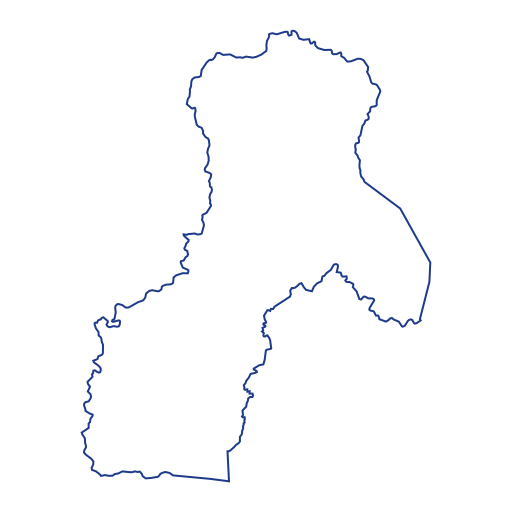 El Porvenir, Francisco Morazán, Honduras (Mercator projection)
{"feature_id": "27666195B45920652298174", "entity_name": "El Porvenir", "entity_type": "district", "adm_level": 2, "iso_a3": "HND", "parent_name": "Honduras", "parent_adm1": "Francisco Morazán", "projection": "mercator", "projection_center": [-87.232, 14.709], "detail": "fine", "context": "isolated", "style": "outline", "palette": "blue", "viewbox_px": 512, "rotation_deg": 0, "n_neighbors": 0, "source": "geoboundaries", "source_scale": "gbopen_adm2", "svg_char_len": 5981}
<svg xmlns="http://www.w3.org/2000/svg" viewBox="0 0 512 512"><path d="M85.4,410.8L89.4,413.4L92.6,414.6L92.8,415.0L92.3,416.4L90.5,418.6L90.0,422.1L88.6,423.5L88.7,427.9L81.7,432.6L82.3,434.3L84.9,438.4L85.1,442.9L85.9,445.4L85.9,447.5L84.2,450.6L84.0,452.5L86.0,454.8L91.3,458.8L93.4,461.4L93.2,464.6L91.6,467.9L92.0,469.9L95.9,471.3L100.1,474.6L101.0,475.9L105.1,475.1L108.8,475.8L112.6,475.7L114.7,474.1L118.4,473.4L122.4,471.4L130.1,472.2L132.2,472.2L134.8,471.4L137.8,472.0L139.8,471.6L141.9,474.0L142.6,476.1L145.7,478.4L151.5,477.9L157.9,476.8L159.2,475.6L160.4,473.8L163.0,472.6L165.5,472.0L169.6,473.0L173.1,475.4L210.5,478.9L229.0,481.3L227.5,451.3L228.9,451.2L230.4,450.4L234.2,447.0L235.7,445.2L238.9,442.9L239.9,441.5L239.9,436.9L241.8,434.3L242.1,431.2L243.2,428.1L243.0,425.9L243.6,425.1L243.7,423.2L244.6,422.6L244.3,420.2L244.9,419.1L244.6,417.2L242.9,417.4L242.0,416.6L243.0,414.9L242.5,410.5L246.2,406.7L246.8,402.9L247.7,401.4L248.2,398.5L250.1,397.0L252.4,397.0L253.1,395.3L252.5,393.6L249.5,393.6L249.6,391.2L247.4,391.7L247.3,389.3L245.2,389.8L244.4,389.5L244.2,388.9L244.5,387.7L243.8,385.3L245.3,383.4L246.3,380.8L248.8,377.6L250.6,373.9L255.1,372.9L256.9,372.0L256.5,371.0L253.8,369.5L253.7,368.6L259.3,365.2L263.4,364.4L264.7,359.7L265.9,350.4L266.9,349.7L270.6,348.9L271.2,348.4L270.2,340.6L269.4,338.3L267.4,335.4L266.5,335.5L265.1,336.5L263.7,336.3L263.4,335.3L263.8,333.0L262.0,331.5L263.2,330.5L262.5,327.9L265.0,326.8L265.5,326.1L265.0,325.4L263.6,324.8L263.4,323.6L264.0,323.2L265.7,323.0L266.2,322.2L264.7,319.3L264.0,315.7L267.3,310.3L268.0,310.1L270.2,310.9L270.9,308.9L273.2,309.0L274.5,306.7L290.0,296.6L290.8,294.4L290.2,290.6L291.9,288.0L293.2,288.2L294.7,287.8L297.2,286.1L299.4,283.9L301.5,283.2L304.1,287.6L306.1,289.9L311.9,291.3L313.9,286.7L317.0,283.4L321.5,281.2L322.4,276.5L324.4,275.8L326.3,273.3L330.8,269.9L333.7,264.8L335.0,264.2L336.6,264.2L337.7,264.9L338.0,266.6L336.7,272.1L340.6,272.6L341.1,273.3L341.4,275.3L342.5,276.6L346.5,276.4L346.8,278.7L345.3,280.4L346.0,281.6L347.3,282.1L349.5,282.0L353.1,283.9L353.4,285.0L352.8,287.1L356.6,291.4L359.4,299.1L361.1,299.5L363.3,297.0L364.4,296.5L365.8,296.9L368.3,298.4L372.4,298.4L373.8,299.2L374.2,300.4L369.6,308.0L369.3,309.6L370.3,310.5L373.8,311.4L376.0,315.6L377.8,315.5L378.6,316.2L379.4,319.2L386.0,321.6L388.8,319.9L389.8,318.6L391.9,318.0L393.7,319.5L398.9,321.7L401.8,326.2L402.7,326.7L404.8,325.8L407.9,320.9L409.3,319.8L410.9,319.4L412.3,320.0L414.0,323.1L414.7,323.6L416.6,323.2L420.7,320.4L419.9,319.2L429.4,281.9L430.3,262.5L400.2,208.5L364.5,181.9L363.6,179.5L361.1,176.4L360.3,172.7L360.4,170.2L359.7,168.5L359.4,165.7L359.9,160.3L358.2,157.6L357.6,155.7L355.3,152.7L355.8,149.2L355.2,147.4L355.3,144.7L356.2,143.2L358.3,142.9L358.9,142.3L359.1,140.9L358.5,137.6L360.4,135.4L362.4,126.0L364.5,123.2L365.4,120.5L367.7,119.7L368.7,118.7L368.6,116.4L367.5,114.1L370.1,111.3L370.3,108.6L370.7,107.6L371.5,106.9L375.4,106.2L376.7,105.1L376.7,100.2L380.3,91.5L379.8,89.6L376.9,85.0L375.7,84.3L372.4,83.6L371.2,82.2L369.5,76.5L367.0,71.7L367.8,70.5L368.1,67.0L363.4,60.1L360.7,58.9L357.9,58.7L351.2,61.2L348.7,61.6L347.0,61.4L344.1,57.8L341.3,56.2L341.2,53.3L340.7,52.5L340.0,52.5L336.8,54.1L333.2,54.2L332.2,53.4L331.7,50.8L330.8,49.8L324.5,50.0L318.1,48.2L315.6,45.8L315.1,44.4L315.2,42.7L314.6,41.8L313.9,41.7L312.0,43.3L311.0,43.6L310.2,42.7L309.2,39.2L303.4,39.8L299.1,38.5L296.8,32.9L294.6,31.1L292.9,30.7L291.9,31.0L291.5,31.7L291.5,34.8L289.1,35.6L288.4,35.0L287.6,32.0L286.7,31.7L284.7,31.9L276.7,34.3L272.4,33.2L269.6,33.9L269.0,34.4L269.1,36.1L268.7,37.7L267.0,40.9L266.4,44.7L266.6,48.8L266.3,50.9L261.5,54.5L256.2,56.9L252.8,57.6L246.1,56.6L242.5,57.8L240.2,57.3L236.2,57.5L230.1,54.4L223.1,54.9L219.6,53.0L217.1,53.1L216.2,53.9L214.8,57.1L213.1,59.2L211.4,60.0L210.4,59.8L209.0,60.3L206.6,62.6L201.6,70.0L200.8,76.0L198.9,77.0L194.6,77.5L192.4,79.1L191.4,81.3L191.0,86.5L189.8,89.5L190.0,91.6L189.5,96.5L187.8,99.1L186.8,104.1L191.6,108.3L192.5,108.5L194.5,107.8L195.2,108.2L195.6,111.0L194.8,114.1L194.8,116.6L196.8,124.9L198.8,126.7L201.5,127.7L203.1,130.8L203.0,133.4L205.5,137.0L208.2,138.7L208.9,140.4L209.5,145.3L208.0,148.9L207.3,152.5L208.6,157.0L208.7,160.8L207.5,164.7L205.0,168.2L204.7,169.5L205.3,171.4L209.7,173.0L211.2,174.4L210.8,177.2L208.9,181.1L209.8,182.9L209.9,186.0L210.4,186.9L211.4,187.4L211.9,189.5L211.6,191.8L210.2,193.9L209.4,197.5L210.3,200.9L210.0,203.2L210.9,204.6L210.9,206.0L206.5,212.9L203.1,214.6L202.3,215.4L202.6,217.3L202.0,219.7L203.4,222.6L204.0,225.2L201.7,233.5L200.3,234.2L197.6,234.5L194.8,233.5L188.2,234.1L187.0,234.8L183.6,234.4L183.8,235.4L184.8,236.6L188.7,240.0L188.4,241.4L186.2,243.7L185.5,246.1L184.3,248.3L185.0,249.8L187.2,250.9L188.0,254.3L187.5,255.9L185.5,257.3L183.7,260.5L181.0,261.2L180.6,262.3L182.8,267.6L188.3,270.0L188.4,271.4L187.8,273.3L182.7,273.2L176.2,275.3L173.6,277.4L173.1,282.7L172.3,283.6L170.7,284.3L166.0,284.7L162.6,286.0L161.9,286.8L161.3,289.5L158.9,291.2L157.1,291.2L152.2,290.2L149.3,290.9L146.1,293.5L145.3,297.4L143.3,300.3L137.8,302.3L129.2,307.2L127.6,307.6L125.6,307.5L122.2,305.0L118.4,304.0L116.9,304.4L115.6,305.9L115.2,307.3L115.7,312.5L114.5,318.7L114.3,319.3L112.6,319.8L112.0,321.2L112.5,321.7L113.5,321.8L118.6,320.4L119.6,320.6L120.0,321.4L119.9,323.3L119.4,325.5L118.7,326.4L116.8,326.7L113.6,326.1L109.9,327.2L108.3,326.8L107.0,325.6L106.5,324.5L107.9,322.1L107.7,321.0L103.3,317.3L101.6,318.0L100.9,319.3L98.1,320.3L97.0,322.8L95.4,322.6L94.6,323.2L94.6,324.3L95.9,328.3L98.5,332.0L98.7,335.5L100.8,337.3L101.3,338.5L101.8,341.8L103.0,344.8L102.9,352.6L102.6,353.9L101.8,354.9L98.3,356.3L97.4,359.2L93.3,360.7L93.9,362.3L98.0,365.3L100.1,367.4L100.7,368.8L100.7,370.7L100.2,372.1L98.9,372.6L97.5,372.1L95.0,370.4L93.4,370.6L93.1,373.0L92.0,374.3L92.5,376.8L87.5,381.9L88.0,384.0L90.0,386.7L87.8,391.5L90.6,394.4L91.1,396.6L90.4,398.6L88.7,401.3L85.3,402.3L84.3,403.4L84.0,405.3L85.5,409.5L85.4,410.8Z" fill="none" stroke="#1e3a8a" stroke-width="2"/></svg>